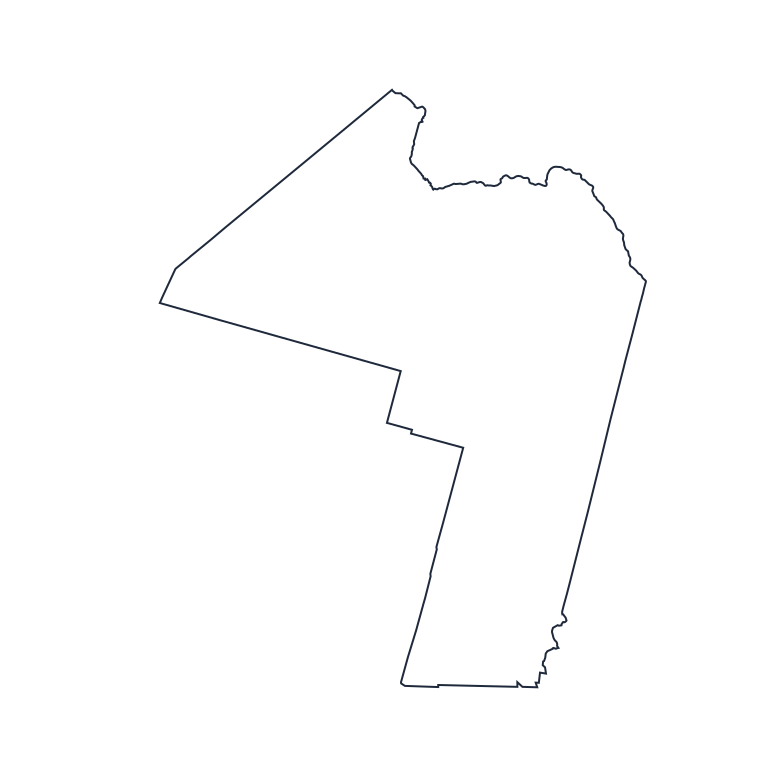 outline of Aroostook, Maine, United States of America, rotated 15°
{"feature_id": "52423323B61306663314312", "entity_name": "Aroostook", "entity_type": "district", "adm_level": 2, "iso_a3": "USA", "parent_name": "United States of America", "parent_adm1": "Maine", "projection": "orthographic", "projection_center": [-68.421, 46.517], "detail": "fine", "context": "isolated", "style": "outline", "palette": "slate", "viewbox_px": 768, "rotation_deg": 15, "n_neighbors": 0, "source": "geoboundaries", "source_scale": "gbopen_adm2", "svg_char_len": 4877}
<svg xmlns="http://www.w3.org/2000/svg" viewBox="0 0 768 768"><g transform="rotate(15 384 384)"><path d="M610.5,637.3L607.8,633.2L610.9,632.5L609.4,622.4L615.4,621.8L612.9,616.0L610.1,614.5L609.5,610.9L610.3,610.2L610.6,606.6L610.0,602.6L610.9,599.9L615.5,596.1L615.4,595.6L615.5,595.5L616.0,595.1L617.1,595.1L618.3,595.3L618.6,595.2L619.0,594.8L620.8,593.8L619.1,592.3L618.9,591.9L618.7,590.6L617.8,589.0L617.2,588.4L615.9,587.7L614.8,586.9L613.4,585.3L612.0,582.8L610.4,580.0L610.2,578.6L610.3,575.9L610.5,575.6L614.2,572.0L614.7,572.1L615.5,572.2L617.7,571.3L617.9,571.1L617.7,570.0L618.5,567.7L618.8,567.5L619.6,567.6L620.4,567.1L621.2,566.1L621.5,565.2L620.0,562.8L616.6,560.1L616.3,560.1L615.9,560.3L615.3,559.1L615.0,557.6L614.9,551.3L615.0,539.0L614.9,528.7L614.3,484.0L614.0,455.7L613.1,407.8L612.9,399.0L611.9,358.6L611.9,358.0L611.3,310.7L611.3,308.4L611.1,299.6L611.0,276.1L611.0,273.5L610.6,237.4L610.7,236.3L610.6,232.7L610.7,229.6L610.5,225.1L610.5,218.4L610.5,217.5L610.3,216.8L609.5,216.2L607.4,215.2L606.1,214.4L604.9,212.8L604.0,212.1L603.5,211.9L601.6,211.5L600.7,211.1L598.2,209.2L595.0,207.5L593.8,207.0L592.2,206.5L591.5,206.1L591.0,205.5L590.6,205.0L590.0,203.7L589.8,203.2L589.8,201.6L589.7,199.8L589.2,198.6L589.0,198.2L587.3,196.6L586.9,195.9L585.4,192.7L583.5,191.8L582.2,190.9L582.0,190.5L580.1,187.7L579.4,185.7L578.6,184.3L578.3,184.0L577.3,182.3L577.1,181.5L576.9,179.3L576.7,178.2L576.0,177.2L574.4,176.2L573.2,175.1L572.7,174.9L569.7,174.2L568.9,173.7L568.5,173.4L567.2,171.7L565.5,169.1L563.5,166.7L562.7,165.6L559.8,163.9L559.1,163.3L554.0,160.1L551.5,159.1L551.1,158.4L550.8,157.0L550.3,156.0L549.7,155.4L547.7,153.9L542.1,150.8L541.7,150.5L540.9,149.3L540.3,148.7L538.5,148.1L536.8,145.7L535.4,143.9L535.2,143.4L535.1,142.7L535.3,140.4L535.1,139.6L534.8,139.2L533.5,138.5L530.5,138.1L525.1,135.0L524.7,134.9L523.3,135.1L522.6,135.0L521.9,134.6L520.9,133.5L520.6,132.8L520.6,131.9L520.5,131.6L519.9,130.9L518.4,130.3L517.3,130.6L515.7,131.1L512.2,131.1L511.2,130.7L510.7,130.4L509.5,129.2L508.3,128.7L507.2,128.8L506.5,129.0L504.9,130.0L504.2,130.2L503.0,130.0L500.3,128.9L498.9,128.8L497.6,128.9L493.7,129.7L492.4,130.2L491.5,130.7L490.6,131.6L489.7,132.6L488.9,134.0L488.5,134.8L487.7,138.9L487.7,140.3L488.3,144.2L488.2,144.7L487.6,145.5L487.6,146.1L487.8,146.6L488.9,147.8L489.2,148.3L489.4,148.8L489.5,149.4L489.5,150.0L489.3,150.5L488.9,150.8L488.0,151.1L486.6,151.1L481.8,150.5L481.2,150.7L479.3,152.1L478.6,152.5L477.8,152.5L475.6,152.0L474.5,152.3L472.5,151.7L472.2,151.2L471.8,150.4L471.4,149.4L470.9,148.6L470.1,148.0L469.1,147.8L468.3,148.0L466.7,148.6L465.8,148.8L464.6,148.7L463.1,148.1L462.4,148.0L460.3,148.2L459.1,148.6L458.0,149.2L455.8,151.5L454.4,152.2L453.3,152.4L452.9,152.4L451.5,151.9L449.3,150.9L447.8,150.8L446.9,151.4L445.7,152.5L445.3,153.0L444.9,154.6L444.0,155.5L443.6,156.1L443.7,156.7L444.4,158.1L444.6,158.7L444.6,159.3L444.3,159.8L442.4,162.3L441.7,162.9L439.3,164.2L438.2,164.4L435.3,164.7L433.5,165.2L432.3,165.3L431.3,166.0L430.6,166.2L430.2,166.1L427.7,164.3L425.3,163.8L424.8,163.9L424.1,164.2L421.7,165.7L421.0,165.5L420.5,165.0L420.0,164.8L419.1,164.8L415.5,166.3L413.5,167.8L412.1,169.1L409.5,170.4L408.4,170.7L406.2,170.6L401.5,172.3L399.7,172.4L395.8,175.6L392.2,177.8L391.1,179.1L390.3,179.8L389.2,180.2L387.5,180.3L386.8,180.6L386.1,181.1L385.2,182.1L383.6,182.4L382.9,182.2L382.4,182.2L381.8,182.7L381.3,183.5L381.0,183.4L380.5,182.8L379.5,181.2L378.1,180.2L377.5,180.1L377.4,178.5L376.5,177.7L376.1,177.6L375.8,177.9L375.4,177.8L374.2,176.3L372.8,175.0L371.5,176.1L371.2,176.2L370.9,176.1L370.8,175.1L370.6,174.9L369.6,175.3L369.0,175.3L367.9,173.1L366.7,172.6L366.1,171.9L364.9,170.9L362.6,169.5L360.2,167.7L356.2,165.2L354.9,164.6L354.2,164.4L352.8,163.2L350.8,159.7L350.7,159.4L350.8,158.7L351.0,158.0L351.2,157.7L351.5,156.5L351.3,154.3L351.0,153.5L350.8,152.4L351.0,151.1L350.9,149.1L350.8,148.8L350.4,148.6L350.4,148.2L350.4,147.0L350.7,146.6L351.1,144.6L350.0,141.7L350.3,138.2L350.3,122.9L351.9,121.1L352.4,121.2L353.3,120.8L353.2,120.4L352.6,119.9L352.3,119.5L352.1,118.7L352.6,117.1L352.9,117.0L353.1,116.8L352.8,116.4L352.7,115.9L353.4,115.0L353.9,113.8L353.4,109.5L352.7,108.2L352.5,107.9L350.1,106.4L349.0,106.2L347.8,107.0L345.0,108.9L344.6,108.9L341.7,108.0L341.5,106.9L341.3,106.7L339.3,105.3L336.4,103.4L331.5,101.2L329.6,100.6L327.9,100.5L325.0,98.8L324.3,99.1L319.8,100.1L316.5,98.6L315.6,97.8L270.8,160.8L244.1,198.3L190.7,273.2L178.8,290.3L164.2,310.6L162.7,312.9L153.3,326.0L152.7,327.0L147.3,358.1L146.5,363.8L209.4,364.8L396.8,367.2L396.9,420.8L422.9,421.0L422.9,424.9L477.0,425.1L477.0,503.1L476.8,527.9L477.8,530.1L477.9,555.3L478.8,557.7L479.1,580.1L479.0,585.3L478.8,613.7L477.8,641.6L477.6,667.8L478.1,668.8L482.3,670.2L514.8,662.7L514.3,660.7L559.2,649.8L591.2,642.0L590.0,637.5L596.1,640.7L610.5,637.3Z" fill="none" stroke="#1e293b" stroke-width="2"/></g></svg>